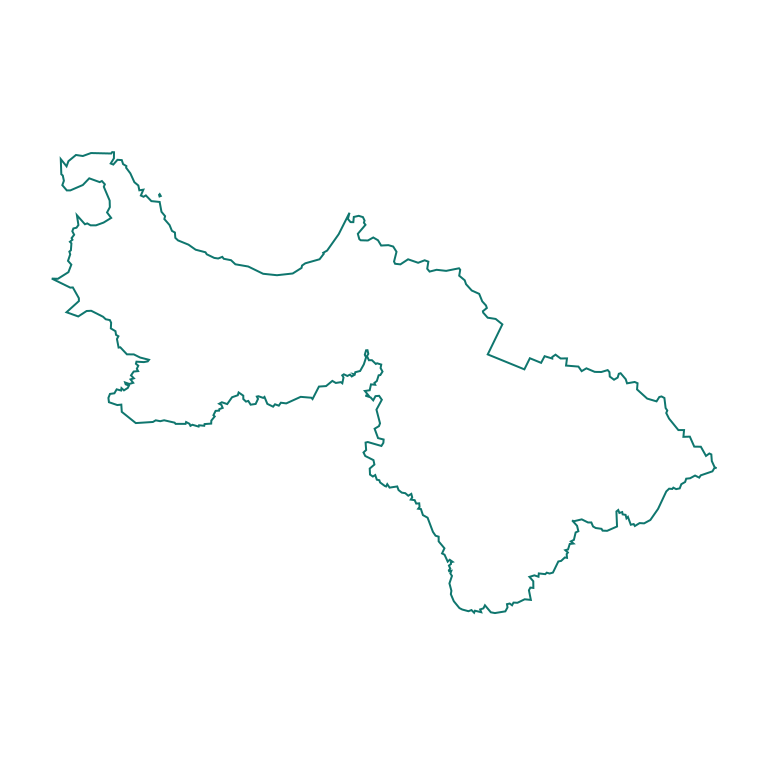 the district of Puerto Vallarta, Jalisco, Mexico, rotated 91°
{"feature_id": "50627088B20857302677335", "entity_name": "Puerto Vallarta", "entity_type": "district", "adm_level": 2, "iso_a3": "MEX", "parent_name": "Mexico", "parent_adm1": "Jalisco", "projection": "robinson", "projection_center": [-105.162, 20.698], "detail": "fine", "context": "isolated", "style": "outline", "palette": "teal", "viewbox_px": 768, "rotation_deg": 91, "n_neighbors": 0, "source": "geoboundaries", "source_scale": "gbopen_adm2", "svg_char_len": 6126}
<svg xmlns="http://www.w3.org/2000/svg" viewBox="0 0 768 768"><g transform="rotate(91 384 384)"><path d="M284.4,718.0L293.1,699.4L292.9,696.8L303.5,690.6L306.4,690.5L317.8,702.7L321.8,690.9L316.2,682.6L315.9,678.0L321.7,666.0L324.1,663.4L324.9,659.2L327.5,657.9L333.2,658.1L335.9,653.4L339.5,652.8L340.9,650.4L343.7,651.8L352.2,650.0L351.9,648.3L358.8,641.6L358.8,634.6L361.8,628.3L363.9,619.4L365.5,620.6L366.3,624.5L366.0,631.9L368.1,632.4L370.0,630.0L373.1,631.4L375.4,630.1L375.9,634.5L379.8,637.1L382.7,634.2L383.8,637.5L387.2,634.8L388.4,638.6L387.0,642.9L388.8,642.3L390.1,639.0L392.4,640.1L394.9,643.9L392.7,646.4L395.1,646.8L394.0,651.2L398.0,653.4L398.7,657.8L402.7,659.3L407.0,658.7L409.7,650.3L409.2,646.3L416.4,645.7L427.4,631.5L426.0,614.4L424.3,611.6L425.1,607.1L424.1,603.2L426.3,592.7L427.5,591.7L427.3,581.7L425.5,581.2L427.2,577.8L429.2,576.8L428.1,574.9L429.8,568.6L428.5,568.2L428.9,563.0L427.2,562.7L426.6,556.1L423.6,556.0L419.4,552.7L418.2,554.0L413.8,551.9L413.5,548.4L412.0,548.2L410.7,544.9L407.7,546.2L406.6,548.4L405.1,545.8L406.8,540.4L399.9,535.7L397.8,530.0L395.0,529.2L398.1,524.5L401.5,524.4L404.0,521.7L403.3,519.4L407.0,517.0L406.2,512.0L401.1,509.7L398.8,510.9L398.4,509.4L400.0,504.5L399.0,503.3L405.9,500.3L408.6,494.5L406.2,492.6L407.5,488.8L404.5,486.8L405.1,481.4L398.3,467.1L399.0,456.4L400.3,455.2L387.7,449.0L387.1,441.9L381.8,435.7L383.8,432.2L382.9,427.2L384.0,425.7L378.2,424.6L376.1,425.9L375.0,424.3L376.6,420.8L375.2,418.1L377.0,416.4L375.5,413.9L374.6,414.8L374.9,413.4L372.7,412.9L371.4,408.1L364.7,404.5L357.7,402.4L355.1,403.7L350.6,402.5L350.5,401.1L354.1,400.2L356.4,401.5L360.5,399.5L360.4,396.5L364.1,392.5L363.4,391.3L364.6,387.1L368.1,387.7L371.6,385.7L375.1,387.8L375.4,389.5L381.1,391.2L383.1,393.6L384.9,392.8L384.6,397.0L390.5,398.2L391.3,403.0L395.5,399.5L396.0,402.4L397.6,397.2L400.5,394.5L396.3,392.3L395.9,388.7L399.8,385.9L409.8,391.1L423.4,387.3L426.2,388.3L428.9,392.6L438.2,389.0L439.5,383.4L442.8,383.6L446.0,385.5L442.3,399.2L442.9,401.4L450.3,400.7L452.8,403.3L456.3,401.5L460.3,393.2L464.7,392.2L468.8,396.8L474.8,396.4L476.7,393.5L475.2,391.2L479.8,389.5L480.3,387.0L482.5,386.2L486.0,381.3L486.4,380.1L484.1,379.0L487.5,376.6L486.2,369.0L489.8,367.6L492.3,364.3L492.8,360.8L495.3,357.8L493.4,354.8L496.8,353.8L499.1,355.2L499.6,351.3L503.0,349.7L502.7,346.7L506.3,346.3L508.1,347.6L508.4,344.9L514.4,342.8L516.9,338.1L531.0,332.5L534.8,329.8L535.7,326.7L540.4,326.6L547.2,320.7L552.4,323.0L553.6,320.5L560.5,317.2L558.6,315.2L560.6,312.3L561.1,314.0L562.8,313.9L564.4,315.9L567.5,314.5L569.1,315.9L570.0,315.6L569.6,313.4L572.2,314.4L574.7,312.7L582.2,315.1L589.6,313.0L593.0,313.5L600.0,310.4L606.7,304.7L608.1,301.9L609.7,295.6L608.5,292.6L611.1,289.9L609.1,289.1L610.5,282.8L607.7,283.9L606.6,280.7L603.5,279.2L610.4,273.2L611.1,269.1L609.2,258.7L605.2,256.6L602.0,257.2L601.3,254.5L603.0,252.1L600.3,250.7L600.4,246.7L596.8,239.6L597.3,233.4L587.7,235.5L585.0,234.1L585.3,231.1L578.6,231.3L574.3,235.2L572.7,230.3L574.0,226.2L570.7,225.9L571.3,219.4L569.8,218.0L570.6,215.1L569.6,211.8L558.4,206.6L557.8,203.8L554.3,200.2L554.6,198.0L550.9,198.4L549.3,197.2L547.0,199.8L546.2,197.1L540.7,195.5L540.2,191.8L538.1,194.4L536.5,191.4L529.1,189.8L527.8,187.1L522.4,188.5L517.1,193.5L517.9,191.8L515.9,183.9L518.9,177.6L518.8,174.3L522.8,172.5L524.3,169.8L525.0,164.0L526.8,162.9L526.9,158.3L522.4,148.5L507.4,149.4L505.9,147.6L508.8,146.4L507.9,143.6L510.2,143.1L510.6,140.2L514.1,139.2L512.6,137.8L520.4,134.8L519.7,131.9L521.6,130.7L518.6,126.0L518.8,121.5L515.3,115.3L504.1,107.8L486.5,99.9L483.7,97.1L483.9,93.9L482.6,92.9L484.0,90.1L483.2,86.5L479.0,85.0L476.7,81.2L473.4,80.2L472.9,76.3L470.1,71.4L472.1,67.2L469.8,65.7L465.6,54.1L461.9,52.0L462.4,50.0L461.4,52.0L455.3,54.9L448.7,55.5L447.8,57.5L450.3,60.8L441.2,66.1L441.2,72.7L431.3,77.3L431.6,83.7L424.8,83.2L424.9,88.9L413.6,98.4L408.1,101.3L405.6,100.3L403.1,102.0L393.1,103.4L391.6,106.3L392.2,108.5L396.6,111.2L394.0,120.6L385.0,130.9L378.8,130.5L377.6,133.4L379.1,141.0L375.0,142.4L369.1,147.6L369.7,149.4L373.5,150.5L375.7,154.1L372.6,158.4L368.2,158.8L366.2,160.6L368.2,166.9L368.2,173.5L364.8,181.9L367.7,186.6L363.2,189.9L362.4,202.3L355.2,201.5L355.4,207.9L351.7,213.0L354.0,216.2L355.6,216.2L353.4,223.9L360.1,227.3L355.7,238.6L366.9,243.9L352.6,280.8L322.3,266.7L317.0,273.5L315.9,281.5L310.9,286.1L309.5,286.4L306.2,282.5L303.7,283.4L299.7,287.2L292.2,290.4L289.0,297.9L282.8,303.7L278.9,305.1L274.4,310.7L268.5,309.8L267.0,311.0L269.8,323.8L268.9,333.4L270.8,340.4L268.0,342.8L260.9,341.8L259.6,345.5L262.2,352.0L258.9,362.1L264.1,369.7L263.6,375.0L261.4,376.1L251.6,373.8L246.4,377.2L245.1,382.0L245.6,389.3L240.4,392.5L237.7,397.3L240.8,402.6L240.7,409.8L239.6,411.2L234.3,412.8L225.2,405.3L223.1,406.9L220.9,406.3L217.5,408.0L216.3,412.2L217.5,417.1L222.7,417.5L222.7,420.3L219.6,423.0L213.4,421.5L235.0,431.9L251.6,443.2L253.9,447.1L254.9,446.5L260.4,450.6L264.7,464.8L267.0,468.0L269.4,468.5L275.1,477.2L277.1,492.9L275.9,506.8L268.9,521.8L266.9,534.7L262.9,539.1L261.6,546.4L259.7,547.9L261.4,552.0L260.9,555.9L257.4,563.5L255.4,564.8L253.0,574.7L248.1,581.9L244.0,592.5L241.5,595.2L236.2,595.7L234.6,598.7L228.8,601.2L222.9,606.5L220.0,605.8L215.7,609.5L205.9,611.5L205.2,619.8L199.6,625.4L201.0,627.7L199.8,630.4L193.9,628.0L194.6,632.0L189.8,633.1L186.6,637.1L177.8,641.3L172.3,645.6L170.6,645.4L168.7,648.7L164.7,650.1L164.5,654.4L169.3,658.5L168.3,661.1L163.1,658.0L157.0,658.0L156.9,659.8L158.3,660.8L158.2,681.0L161.3,689.1L160.4,696.0L166.7,703.4L171.9,705.2L164.8,711.1L179.9,710.3L181.2,708.8L186.4,707.6L190.8,709.1L196.0,704.5L195.9,701.0L190.3,688.6L183.5,682.3L187.1,671.8L186.0,669.6L189.2,666.6L191.7,667.6L205.4,661.5L212.0,661.2L217.3,663.9L222.7,659.7L227.5,667.2L230.4,674.8L230.5,680.1L228.6,683.5L229.5,685.8L220.6,694.0L230.4,692.3L233.1,694.2L233.9,697.3L236.7,698.3L240.2,696.4L243.6,698.9L245.2,698.0L247.3,700.5L248.8,699.0L255.8,699.4L257.1,700.9L259.8,700.0L266.4,702.1L270.1,698.7L277.7,701.5L284.5,711.9L284.4,718.0ZM200.4,611.7L199.9,610.5L198.1,611.6L198.8,612.2L200.4,611.7Z" fill="none" stroke="#0f766e" stroke-width="2"/></g></svg>